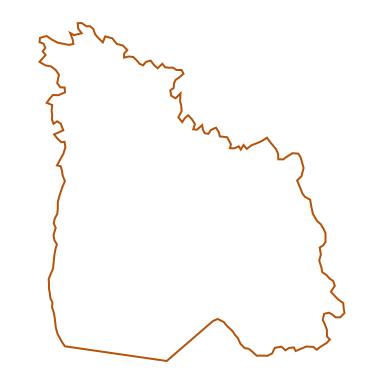 Campina do Simão, Paraná, Brazil
{"feature_id": "56859067B97439184576762", "entity_name": "Campina do Simão", "entity_type": "district", "adm_level": 2, "iso_a3": "BRA", "parent_name": "Brazil", "parent_adm1": "Paraná", "projection": "robinson", "projection_center": [-51.78, -25.111], "detail": "fine", "context": "isolated", "style": "outline", "palette": "amber", "viewbox_px": 384, "rotation_deg": 0, "n_neighbors": 0, "source": "geoboundaries", "source_scale": "gbopen_adm2", "svg_char_len": 2720}
<svg xmlns="http://www.w3.org/2000/svg" viewBox="0 0 384 384"><path d="M183.5,73.8L181.6,70.0L176.6,70.0L172.9,67.6L168.5,67.7L165.1,67.3L162.3,63.8L157.6,68.2L153.9,64.9L150.7,60.6L145.9,61.9L143.1,65.4L139.6,63.8L136.2,59.8L133.2,57.0L129.0,56.5L124.1,57.6L124.1,53.6L127.3,50.0L122.9,45.5L116.7,43.9L112.3,38.3L105.2,36.4L102.8,42.4L97.9,37.5L95.3,34.5L93.2,28.9L90.1,26.2L86.6,26.4L81.7,23.0L77.7,23.2L78.2,28.6L81.7,33.3L74.0,35.1L70.2,33.0L72.7,39.6L73.4,43.9L69.1,44.9L63.9,43.9L57.6,42.7L51.8,39.5L46.6,36.0L40.0,37.9L39.5,42.1L43.6,43.8L45.3,47.9L42.7,51.4L45.6,55.0L39.5,61.9L45.5,65.4L51.2,66.5L55.7,70.0L58.9,74.7L57.2,83.0L60.3,87.3L64.6,87.5L65.0,92.4L58.5,95.2L52.9,95.0L49.6,98.8L46.7,102.8L52.2,105.0L51.6,110.9L52.2,114.9L52.0,119.7L53.5,123.8L57.2,121.3L60.7,123.6L63.3,130.3L59.8,131.9L54.1,134.4L57.2,138.3L61.1,142.2L64.5,141.8L65.4,147.4L63.4,153.7L60.0,159.8L57.0,165.4L60.6,166.2L62.0,170.8L62.6,175.3L64.9,181.2L62.3,187.2L59.4,196.0L57.8,202.2L57.8,208.6L57.2,214.1L54.7,218.6L53.7,223.4L55.7,227.7L53.5,235.1L54.4,240.2L56.9,244.4L55.5,248.9L54.4,255.1L53.0,268.8L51.0,273.4L48.7,278.8L49.0,284.4L49.0,288.9L49.8,293.1L50.5,298.5L52.4,302.4L52.1,307.3L53.9,313.2L54.8,318.4L55.8,327.5L57.4,333.5L61.9,341.9L64.9,346.3L166.7,361.0L213.0,321.0L217.7,319.0L223.8,322.0L226.4,325.3L232.7,331.3L235.1,335.0L237.8,338.0L240.4,343.7L244.6,348.0L248.9,348.9L252.0,351.4L256.7,355.7L260.2,355.6L267.3,355.8L272.1,353.5L274.8,347.8L281.4,346.7L285.4,350.3L289.0,348.0L293.8,347.4L295.7,351.0L299.3,349.5L306.4,346.5L313.2,346.9L316.7,349.7L320.1,347.0L326.6,343.0L329.9,339.5L327.0,336.5L326.9,329.8L324.7,323.9L322.7,319.8L324.2,313.8L329.0,312.7L332.5,314.7L335.6,317.3L340.2,317.3L344.5,313.0L343.7,308.4L343.2,303.0L338.3,299.6L334.6,295.8L330.9,291.7L334.8,285.8L333.1,280.9L329.6,278.6L326.8,275.3L322.2,272.1L321.4,267.5L319.2,260.5L320.9,254.5L319.7,247.6L323.3,245.2L325.5,242.0L325.5,233.1L323.5,228.8L320.7,224.2L317.1,221.0L312.9,214.0L311.2,206.0L310.2,199.8L304.7,196.6L302.3,193.3L300.7,189.0L297.1,180.5L301.5,176.1L303.6,168.0L301.9,161.7L300.4,156.8L298.1,153.6L292.4,153.2L287.2,156.5L283.1,159.4L278.3,159.3L278.1,153.9L276.0,149.1L271.6,143.9L266.9,137.7L262.4,140.7L257.9,142.8L251.7,145.2L246.7,148.9L243.5,145.0L240.8,149.6L238.7,146.3L234.5,148.3L230.0,148.2L230.9,144.2L227.2,137.3L223.6,136.8L219.8,136.4L218.8,132.1L216.0,127.7L211.0,129.9L208.4,133.8L204.7,133.2L202.8,129.3L202.2,125.1L196.9,129.7L193.2,129.3L195.0,124.0L191.9,119.3L188.2,115.2L184.8,118.2L182.2,122.1L178.3,117.3L181.6,111.2L181.2,105.2L180.1,101.4L180.5,93.4L175.6,98.3L171.2,95.7L170.3,90.3L173.6,88.1L174.0,83.3L175.6,79.9L179.4,77.3L183.5,73.8Z" fill="none" stroke="#b45309" stroke-width="2"/></svg>